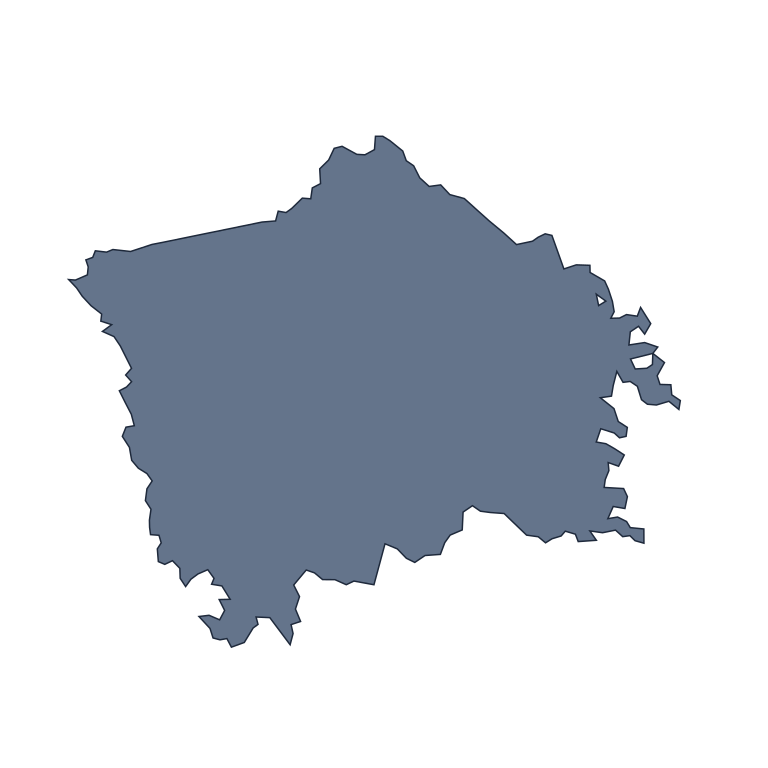 the district of Não-Me-Toque, Rio Grande do Sul, Brazil, rotated 340°
{"feature_id": "56859067B13255283140356", "entity_name": "Não-Me-Toque", "entity_type": "district", "adm_level": 2, "iso_a3": "BRA", "parent_name": "Brazil", "parent_adm1": "Rio Grande do Sul", "projection": "natural_earth1", "projection_center": [-52.81, -28.462], "detail": "fine", "context": "isolated", "style": "filled", "palette": "slate", "viewbox_px": 768, "rotation_deg": 340, "n_neighbors": 0, "source": "geoboundaries", "source_scale": "gbopen_adm2", "svg_char_len": 2909}
<svg xmlns="http://www.w3.org/2000/svg" viewBox="0 0 768 768"><g transform="rotate(340 384 384)"><path d="M123.4,178.0L128.0,188.6L130.5,198.5L135.5,210.3L142.6,221.7L139.4,228.1L148.4,235.1L137.4,238.3L146.5,247.1L149.2,258.0L152.1,282.9L144.3,287.2L147.6,295.5L141.0,298.8L133.0,299.8L134.5,312.9L136.2,326.0L135.1,337.8L126.8,336.3L120.2,343.7L123.1,356.5L120.8,369.4L124.4,379.2L130.6,387.1L133.0,395.8L125.4,401.4L119.9,412.0L122.2,422.0L117.0,431.7L114.7,438.5L113.1,445.7L120.8,449.2L120.3,457.1L114.6,461.4L111.2,473.7L116.3,478.5L124.8,477.7L129.1,487.4L126.0,496.9L128.3,506.5L135.8,501.4L144.1,498.9L154.9,498.2L157.8,508.5L153.5,513.2L162.6,518.3L165.8,533.7L155.4,530.2L156.8,542.3L148.9,549.4L140.5,541.5L130.6,539.2L136.9,554.2L136.5,564.2L142.4,568.3L149.3,569.5L150.6,579.1L164.3,579.1L177.6,568.5L183.4,566.8L184.1,559.2L196.8,564.5L206.6,596.9L213.2,587.4L214.4,578.3L224.4,578.6L223.8,565.2L231.9,554.9L230.4,542.0L247.3,532.2L254.1,537.7L259.4,546.8L271.0,551.1L279.9,559.7L288.3,558.9L305.9,569.2L330.3,534.5L340.1,543.5L345.4,555.4L351.9,562.2L363.9,559.2L378.7,563.4L386.8,553.9L394.5,548.6L407.6,547.9L414.5,531.4L425.5,528.6L431.1,536.5L439.9,541.1L452.6,546.8L457.5,556.9L466.3,574.8L476.7,580.3L481.5,588.5L489.0,586.9L498.5,587.4L504.0,584.3L512.5,590.6L512.6,598.5L530.1,603.5L527.2,592.5L538.5,598.5L551.6,600.5L556.1,609.1L563.2,610.6L566.3,617.1L573.8,622.5L578.6,609.1L566.3,603.2L564.9,596.2L558.0,588.9L548.3,587.1L557.5,577.5L567.8,583.4L574.2,573.1L573.4,564.2L555.5,556.5L559.2,549.5L565.7,542.3L567.8,534.5L576.3,541.5L585.5,532.9L578.6,523.7L572.1,516.0L563.6,511.1L572.4,500.2L583.6,508.8L586.9,515.1L593.6,516.0L597.8,508.0L591.3,499.4L591.7,485.8L582.6,470.9L593.6,473.2L598.9,463.8L607.1,451.8L609.2,464.2L616.2,465.8L621.3,472.8L620.6,486.8L624.6,493.1L632.8,496.9L645.8,497.7L652.4,508.8L656.8,500.9L650.7,492.6L653.3,482.8L643.2,478.8L643.5,469.7L654.9,459.8L647.1,447.2L653.9,442.9L643.1,434.2L627.5,431.1L633.3,419.2L642.9,416.8L646.0,426.3L655.3,418.5L651.3,399.8L645.2,406.9L635.6,401.7L627.9,402.6L619.6,399.8L625.0,394.8L626.9,384.5L627.3,371.8L626.6,362.6L615.8,349.7L618.1,342.9L605.4,337.8L592.4,337.4L592.6,301.8L586.8,298.0L579.0,298.8L572.4,300.6L556.2,298.3L548.4,283.4L538.5,266.5L531.4,253.2L522.9,237.2L510.6,228.5L505.4,216.3L494.0,213.8L488.1,202.5L486.5,189.1L481.3,181.8L481.3,171.5L472.8,157.4L467.6,150.8L460.7,148.3L455.2,160.5L444.5,162.1L437.0,158.9L425.9,146.3L417.8,145.5L408.6,154.6L397.2,159.8L392.9,174.0L383.7,175.2L378.5,184.9L370.8,181.4L357.5,187.4L350.6,189.4L343.7,185.4L337.9,193.7L324.8,190.1L224.4,175.2L213.7,173.5L191.2,172.8L175.2,164.9L168.4,165.2L158.3,160.1L153.6,165.4L146.3,165.4L146.1,172.8L142.6,180.0L129.6,180.8L123.4,178.0ZM647.1,447.2L642.9,457.5L636.4,459.1L625.2,455.8L624.2,444.8L647.1,447.2ZM620.8,382.0L612.5,383.7L614.2,372.2L620.8,382.0Z" fill="#64748b" stroke="#1e293b" stroke-width="1.5"/></g></svg>